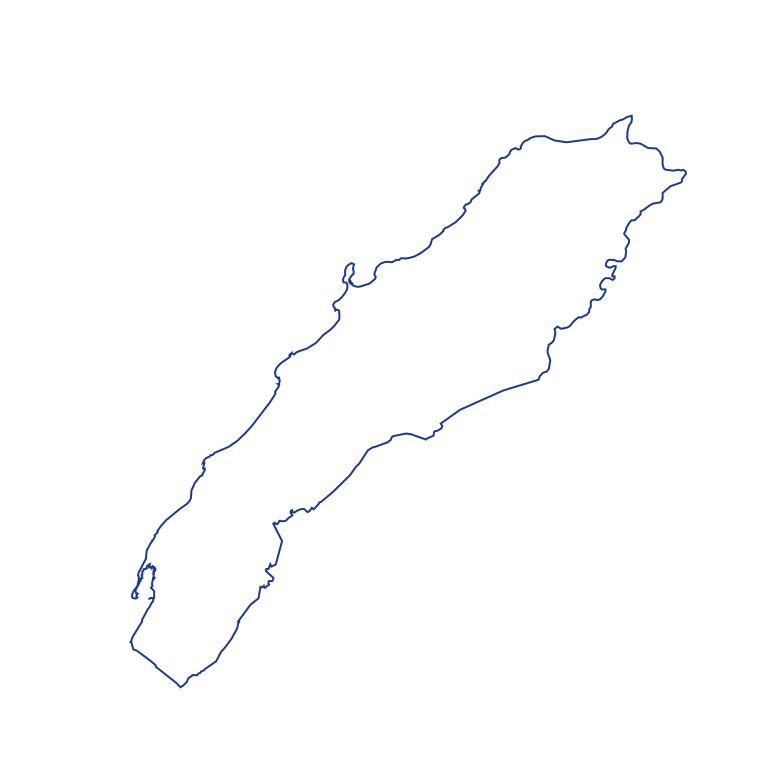 outline of La Union, La Union, Philippines, rotated 44°
{"feature_id": "2640588B50881283310688", "entity_name": "La Union", "entity_type": "district", "adm_level": 2, "iso_a3": "PHL", "parent_name": "Philippines", "parent_adm1": "La Union", "projection": "equal_earth", "projection_center": [120.343, 16.561], "detail": "fine", "context": "isolated", "style": "outline", "palette": "blue", "viewbox_px": 768, "rotation_deg": 44, "n_neighbors": 0, "source": "geoboundaries", "source_scale": "gbopen_adm2", "svg_char_len": 6100}
<svg xmlns="http://www.w3.org/2000/svg" viewBox="0 0 768 768"><g transform="rotate(44 384 384)"><path d="M492.2,273.6L490.7,270.3L490.5,265.6L492.5,261.9L491.9,258.4L487.1,251.3L480.2,248.0L478.3,246.2L475.3,241.3L476.2,236.4L475.4,233.8L471.7,228.1L468.4,225.9L468.9,222.2L473.1,221.2L476.4,216.4L477.4,213.6L477.0,205.8L477.5,201.6L477.7,200.7L479.6,199.3L481.8,192.8L481.5,189.7L479.9,187.8L479.2,184.9L475.8,181.4L475.3,179.6L476.5,177.0L479.5,175.1L480.6,172.6L480.4,168.4L478.9,163.2L477.5,162.2L475.0,164.7L473.1,164.6L470.6,162.7L469.5,158.8L469.4,155.3L470.1,153.7L472.6,151.4L476.2,150.3L476.5,148.0L475.1,146.4L473.3,147.8L472.2,146.6L470.3,140.2L468.9,138.3L467.4,139.5L465.7,143.6L462.1,144.9L461.2,144.6L459.9,142.8L459.1,140.5L459.5,138.4L463.6,134.8L466.2,133.9L469.7,130.8L469.7,125.3L466.3,120.7L463.8,118.8L462.3,112.8L460.3,110.1L452.7,109.3L452.0,108.4L450.9,104.5L450.1,103.9L448.4,97.7L448.3,94.3L450.5,92.3L450.9,84.7L450.3,83.2L448.7,81.6L449.8,78.4L450.9,71.7L452.2,67.3L456.7,61.2L456.3,58.4L455.2,56.6L451.7,53.0L452.7,42.7L457.7,32.7L457.6,31.6L456.0,29.4L455.2,22.9L453.2,21.6L450.5,22.0L449.1,24.4L446.9,25.4L443.8,29.7L437.7,34.2L435.5,34.6L431.6,32.3L427.1,27.5L420.5,25.2L416.1,25.5L410.1,30.8L401.8,32.8L398.6,34.9L394.6,39.7L392.3,40.0L388.5,38.5L383.6,33.1L380.7,27.8L380.1,23.8L378.5,21.4L375.8,19.0L373.3,23.3L372.1,27.8L370.3,30.9L368.1,37.9L369.2,40.4L368.6,44.6L369.5,49.5L368.8,55.2L366.9,59.7L361.9,65.1L347.3,83.4L337.4,90.4L327.6,93.9L321.0,100.6L318.6,105.0L317.6,109.4L316.5,111.5L316.4,113.6L317.3,118.1L318.6,119.0L318.7,120.5L317.5,122.3L314.8,122.8L313.0,127.1L313.5,129.8L314.5,131.4L314.3,135.1L313.7,137.3L311.6,139.8L311.2,141.5L311.4,142.8L313.7,145.0L314.5,148.5L314.9,161.4L315.6,165.7L316.2,167.0L315.8,167.8L315.7,172.8L316.3,171.4L317.4,175.7L318.7,177.6L317.3,180.0L318.6,178.4L319.5,179.5L320.0,181.5L318.8,190.2L320.0,193.3L319.2,196.7L318.3,197.5L318.3,199.9L318.9,201.9L320.3,201.7L322.3,202.5L323.4,207.7L323.1,218.1L320.7,227.5L319.6,229.0L319.8,232.4L320.5,232.7L320.2,238.2L318.0,246.5L320.5,251.1L321.2,254.0L319.6,263.9L317.4,270.9L315.2,274.8L312.9,278.2L308.9,281.7L308.6,284.5L306.8,285.9L305.2,290.8L300.3,294.9L298.0,299.5L297.7,305.2L300.5,311.3L301.8,312.4L303.5,312.5L304.6,314.7L303.8,321.9L299.1,330.6L296.8,333.0L293.3,334.6L291.5,334.5L291.4,332.7L291.4,334.7L290.2,334.8L290.0,333.0L290.0,334.9L289.1,335.0L288.8,332.6L288.8,334.7L288.2,334.7L288.3,334.0L286.8,333.5L287.0,333.0L286.4,333.0L286.0,332.1L285.3,327.1L285.8,326.3L284.3,324.4L281.3,322.3L279.3,318.8L276.7,319.5L275.7,322.8L275.5,325.6L277.1,329.2L280.6,332.9L280.8,335.0L282.2,337.7L284.3,339.0L286.3,337.3L287.8,337.6L290.2,339.4L291.7,341.8L292.8,345.5L293.4,351.1L293.1,355.3L291.7,359.2L292.3,362.1L293.6,363.3L295.8,363.5L298.0,365.0L298.4,363.1L300.8,362.4L306.1,367.5L307.1,369.4L307.9,377.2L307.7,382.3L306.3,391.1L306.5,401.9L304.0,411.9L299.9,419.8L299.0,422.3L298.8,425.2L296.4,425.9L296.0,426.6L295.7,427.8L295.9,429.0L296.4,429.2L295.9,427.9L296.1,426.7L297.5,430.0L295.4,440.3L295.3,444.6L295.6,447.1L297.5,451.6L301.1,453.7L304.3,453.4L303.8,452.5L304.1,452.3L307.1,454.5L308.4,457.1L308.0,457.6L309.1,457.3L310.2,459.6L311.1,465.5L312.4,466.2L312.9,467.3L314.7,476.7L318.1,506.1L318.4,515.5L318.0,526.6L315.9,537.2L310.0,551.1L310.0,554.3L308.6,555.9L309.0,557.5L307.5,560.7L307.5,563.5L308.6,566.5L309.0,565.2L309.7,565.7L312.1,570.0L312.9,570.5L314.0,569.3L315.0,570.6L316.1,575.0L316.8,576.0L315.8,577.7L316.6,586.4L319.5,594.4L324.3,600.1L325.3,602.9L325.6,606.7L323.9,615.9L321.9,633.3L322.2,641.4L323.3,647.5L324.1,647.9L324.2,652.3L325.3,652.9L326.3,657.1L325.9,657.6L326.5,658.0L326.7,660.5L329.0,668.6L334.2,675.2L338.6,690.4L340.0,692.5L341.1,692.7L343.5,695.1L346.8,700.3L347.9,707.4L349.0,710.2L350.5,712.0L351.8,712.5L354.5,710.8L355.0,709.4L354.8,708.8L353.2,708.7L352.9,707.2L351.6,706.8L352.0,706.0L350.4,706.4L348.4,704.9L346.2,696.9L344.5,694.9L345.5,694.5L344.7,693.2L344.8,692.3L344.3,692.7L344.5,691.8L343.3,690.5L342.6,690.9L343.1,690.1L342.4,689.8L342.5,688.9L340.4,686.8L340.7,685.8L339.7,684.2L341.3,682.2L339.9,679.4L340.7,678.7L340.2,677.3L340.7,676.3L341.5,678.3L342.4,678.0L342.6,679.0L343.5,677.7L344.9,678.0L344.0,675.9L345.4,675.5L345.4,676.3L346.5,676.5L346.9,675.6L348.1,675.8L348.5,676.2L348.2,677.6L348.9,677.3L349.2,678.3L348.8,679.3L349.9,680.0L349.4,680.3L349.7,680.7L352.6,682.7L352.4,683.6L353.6,685.1L353.9,684.4L354.2,686.5L356.4,689.5L358.4,690.3L357.8,690.3L357.9,692.5L362.6,692.6L364.2,694.3L364.6,693.9L364.3,694.4L365.0,695.3L366.8,696.9L367.2,697.9L364.8,700.0L364.3,701.2L363.6,701.1L364.3,701.5L365.0,700.0L366.9,698.3L368.8,700.7L369.0,703.7L370.1,706.4L370.5,708.8L370.3,709.4L369.6,709.5L370.3,709.5L370.9,711.2L373.7,721.4L375.0,723.1L378.6,739.5L379.8,742.9L380.7,744.0L380.8,745.7L381.9,745.5L388.1,749.0L391.4,747.5L408.0,745.4L415.0,744.9L416.4,745.9L442.3,743.3L448.3,743.5L449.0,740.6L449.1,735.6L447.6,731.0L448.5,728.1L448.4,726.4L451.9,723.4L451.7,721.1L452.5,719.5L452.2,717.5L453.4,715.0L453.2,713.6L455.9,700.1L452.8,689.6L452.7,684.1L451.3,673.4L448.2,661.8L445.3,657.5L445.3,655.9L444.5,655.1L443.9,655.6L441.3,635.6L442.6,625.4L436.1,615.8L437.4,615.3L437.7,612.6L439.4,613.6L440.3,612.7L440.2,610.5L440.8,608.1L438.7,607.2L438.1,606.2L438.5,605.0L440.1,604.0L440.5,603.1L439.3,600.3L428.8,600.5L428.0,599.4L427.9,598.8L429.4,597.5L427.4,592.6L429.9,593.5L431.5,589.0L419.8,567.8L401.4,561.4L401.4,560.5L401.6,559.9L403.7,559.6L404.7,558.7L403.9,555.0L407.0,552.7L408.4,550.4L408.4,546.6L409.4,542.3L405.7,541.0L405.2,539.6L405.6,538.6L407.3,539.6L408.6,539.1L410.2,533.5L412.2,530.4L413.8,529.3L418.1,529.3L418.7,526.7L418.1,523.2L420.3,523.1L420.5,522.0L420.4,516.2L419.7,514.2L420.6,512.6L422.2,497.6L422.9,473.5L421.3,462.7L421.5,458.4L418.5,443.1L419.9,437.2L420.7,436.6L427.4,422.7L427.2,421.2L427.8,420.0L426.6,417.0L426.7,415.4L434.2,404.4L438.1,401.5L452.7,394.8L452.9,393.1L455.5,386.9L453.4,383.6L453.3,382.6L454.9,380.6L456.1,376.2L455.2,373.7L452.3,373.1L456.6,349.7L474.3,305.8L492.2,273.6Z" fill="none" stroke="#1e3a8a" stroke-width="2"/></g></svg>